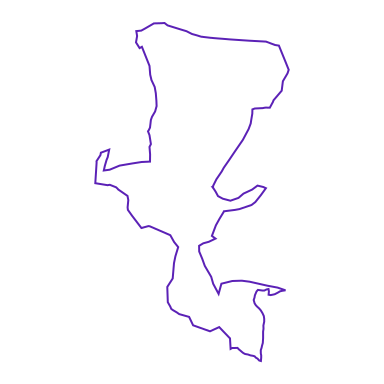 the district of Bende, Abia, Nigeria
{"feature_id": "59680162B50576086706147", "entity_name": "Bende", "entity_type": "district", "adm_level": 2, "iso_a3": "NGA", "parent_name": "Nigeria", "parent_adm1": "Abia", "projection": "robinson", "projection_center": [7.629, 5.638], "detail": "fine", "context": "isolated", "style": "outline", "palette": "violet", "viewbox_px": 384, "rotation_deg": 0, "n_neighbors": 0, "source": "geoboundaries", "source_scale": "gbopen_adm2", "svg_char_len": 2848}
<svg xmlns="http://www.w3.org/2000/svg" viewBox="0 0 384 384"><path d="M285.5,290.3L277.6,287.6L267.4,285.7L249.6,281.7L241.8,280.7L232.3,281.0L221.4,283.7L218.6,293.9L213.2,283.8L211.2,276.8L204.8,265.9L202.2,258.7L199.2,251.5L199.1,245.8L203.3,243.3L208.8,241.8L215.5,238.6L211.9,235.9L215.9,225.3L219.5,218.8L223.8,211.7L223.9,211.3L235.0,209.9L239.4,209.1L251.5,205.0L255.3,202.1L260.9,195.1L265.9,188.2L263.3,187.0L257.5,185.6L252.1,189.6L243.5,193.6L238.5,197.9L230.4,200.7L222.8,198.7L218.0,196.1L215.7,191.8L213.9,189.0L212.6,187.2L213.1,187.2L213.1,185.9L216.4,179.3L221.7,171.5L223.8,167.7L224.5,166.7L224.9,166.1L225.6,165.1L228.8,160.5L235.0,151.3L239.4,144.9L242.9,139.8L248.6,129.1L250.7,123.5L251.2,120.2L252.3,113.7L252.4,109.4L254.8,108.5L262.9,108.1L264.2,107.8L265.7,107.6L269.8,107.7L273.0,101.8L273.5,100.3L281.7,90.7L282.9,81.2L287.5,73.4L288.7,69.8L285.7,62.3L278.9,45.6L275.0,45.0L266.0,41.6L249.2,40.7L229.8,39.4L227.5,39.2L223.9,38.9L217.4,38.4L212.7,38.0L212.1,37.9L211.3,37.9L210.6,37.8L202.9,36.9L202.6,36.8L201.9,36.8L201.3,36.7L200.6,36.5L200.2,36.4L197.7,35.6L196.7,35.3L192.0,34.0L186.5,31.2L180.5,29.4L177.6,28.5L167.6,25.4L164.5,23.0L161.5,23.2L153.9,23.4L145.1,28.5L142.2,30.1L141.8,30.3L141.3,30.6L136.3,31.1L137.1,36.0L136.0,42.4L139.6,48.1L141.9,46.8L149.5,65.9L150.2,74.7L151.3,79.3L151.3,79.7L154.7,87.0L155.8,93.2L156.4,100.8L156.6,106.1L155.1,111.5L152.0,116.8L150.9,119.9L150.0,127.6L148.8,130.1L148.0,131.3L149.5,135.2L150.9,144.1L149.5,146.9L150.1,154.4L150.0,161.6L141.6,162.0L132.6,163.4L119.6,165.6L109.7,169.7L103.8,170.5L104.8,166.0L106.6,159.8L107.7,157.2L109.2,149.6L100.9,152.7L100.4,155.2L96.5,161.2L96.6,162.6L95.3,183.2L107.7,185.2L108.0,185.1L109.8,184.8L116.1,187.3L117.7,188.8L118.1,189.4L127.5,195.9L128.3,200.1L127.6,207.4L127.9,209.9L132.1,215.8L141.4,228.0L148.4,226.1L149.8,226.3L170.3,235.2L174.1,242.0L178.2,247.1L175.4,256.3L174.0,263.1L172.7,278.5L167.3,286.9L167.3,287.5L167.8,302.2L170.3,306.6L171.2,308.8L171.4,309.0L172.9,310.1L176.8,312.4L179.2,314.1L189.1,316.9L193.1,325.3L210.0,331.3L219.2,327.1L230.0,338.4L230.6,348.9L232.2,348.0L234.2,348.0L237.5,347.9L238.8,349.3L240.5,350.7L242.1,352.1L243.4,353.1L245.1,354.0L248.0,354.5L250.5,355.4L252.9,355.8L254.6,356.3L255.9,357.7L257.5,358.6L259.2,360.5L260.9,361.0L261.2,357.6L261.2,355.3L260.8,353.4L260.8,350.1L261.6,347.7L262.0,345.8L262.8,343.0L263.1,338.2L263.1,335.9L263.1,334.0L263.1,331.6L263.5,328.8L263.4,325.5L263.9,323.1L264.2,321.7L264.2,318.8L263.8,316.0L262.5,313.2L260.8,310.4L259.2,308.5L257.1,306.6L255.8,305.2L254.6,303.3L253.7,300.0L254.5,297.6L254.9,295.3L255.7,293.4L256.5,291.5L257.9,289.9L262.2,290.5L264.4,290.5L266.4,289.5L268.5,289.0L268.9,291.4L268.6,294.7L270.6,295.1L273.1,294.6L274.8,294.2L277.7,292.7L280.1,291.3L282.2,290.8L285.5,290.3Z" fill="none" stroke="#5b21b6" stroke-width="2"/></svg>